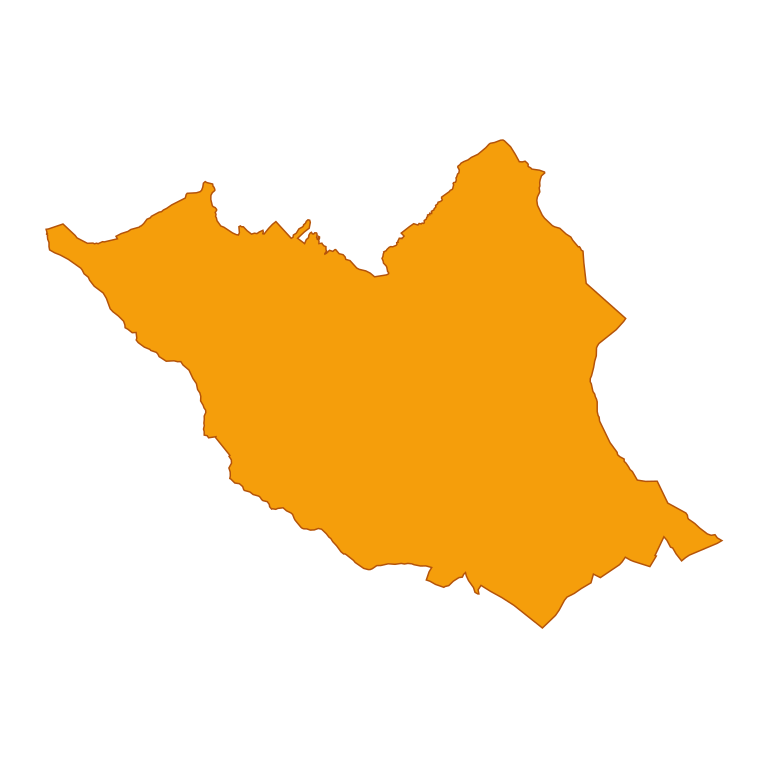 Francesti, Vâlcea, Romania (Albers equal-area conic projection)
{"feature_id": "2599482B2932687396004", "entity_name": "Francesti", "entity_type": "district", "adm_level": 2, "iso_a3": "ROU", "parent_name": "Romania", "parent_adm1": "Vâlcea", "projection": "albers", "projection_center": [24.139, 45.02], "detail": "fine", "context": "isolated", "style": "filled", "palette": "amber", "viewbox_px": 768, "rotation_deg": 0, "n_neighbors": 0, "source": "geoboundaries", "source_scale": "gbopen_adm2", "svg_char_len": 6103}
<svg xmlns="http://www.w3.org/2000/svg" viewBox="0 0 768 768"><path d="M721.9,540.6L717.3,537.9L715.0,534.7L711.1,535.3L707.3,533.9L699.6,528.0L694.8,523.5L688.5,519.1L687.8,517.9L687.4,515.2L685.9,513.0L667.8,503.1L657.2,481.2L645.6,481.4L637.3,480.1L632.4,471.6L630.0,469.5L628.6,466.9L625.9,463.0L624.2,461.4L624.1,459.0L619.8,456.7L617.6,454.7L617.1,452.3L610.0,442.6L599.6,421.1L599.1,417.1L598.1,415.5L597.2,411.5L597.2,401.9L596.5,399.2L595.3,396.7L594.7,394.1L592.9,391.4L591.3,383.9L590.2,381.7L590.3,378.5L591.5,375.8L593.6,367.6L594.7,361.2L596.3,355.8L596.5,347.9L597.4,345.9L598.9,343.5L616.2,329.7L623.7,321.4L625.7,318.5L586.2,283.4L583.8,262.5L583.0,251.1L581.4,250.2L580.0,247.4L579.3,246.7L578.3,246.9L572.7,240.2L570.8,237.0L566.2,234.1L559.8,228.3L554.6,226.8L552.3,225.6L544.5,218.2L542.2,215.1L537.5,205.3L536.8,200.3L537.4,196.9L539.8,191.9L539.2,187.9L539.9,186.0L539.7,182.4L540.2,179.6L541.5,175.8L544.7,173.0L544.5,172.0L539.5,170.2L531.9,169.1L530.6,167.8L528.5,166.7L528.0,166.1L528.2,164.4L527.7,163.5L525.1,161.2L522.3,161.9L519.3,161.7L515.2,154.2L510.6,146.8L504.5,140.9L503.0,140.0L500.6,140.2L494.5,142.5L490.3,143.3L488.9,144.3L485.8,147.7L477.9,154.3L471.3,157.4L468.0,159.9L463.8,161.6L461.0,163.2L459.8,164.8L458.1,166.0L457.7,167.0L459.3,170.0L458.9,172.9L457.6,174.0L456.6,177.1L456.0,177.9L456.3,180.1L455.5,182.2L453.7,182.6L453.1,183.4L453.6,184.9L452.7,188.6L452.2,189.4L450.3,190.3L449.2,191.7L441.6,197.1L441.6,198.5L442.2,199.4L442.1,200.2L440.6,201.4L438.1,202.2L437.5,204.0L435.6,205.4L435.8,207.1L434.2,208.6L433.9,209.9L431.4,211.3L431.7,212.4L431.6,213.5L429.8,213.2L429.8,214.7L428.2,214.6L427.5,215.1L427.7,216.6L426.8,217.2L426.3,219.1L424.2,220.5L424.3,222.8L423.5,223.4L422.1,223.1L421.3,223.9L419.1,223.5L417.9,225.0L413.7,223.7L409.5,226.6L401.2,233.1L404.1,236.1L401.9,238.6L401.1,238.1L400.5,238.5L399.3,238.2L397.8,241.3L398.1,242.2L396.7,242.6L396.9,244.4L396.3,245.3L392.7,246.8L390.7,246.6L389.2,247.3L386.9,249.5L386.3,250.6L383.7,251.9L383.9,252.5L383.3,253.9L382.9,256.6L382.0,258.4L383.1,260.9L383.5,263.1L386.2,266.0L386.8,267.3L387.6,271.5L388.5,272.5L388.7,273.3L388.4,273.9L386.5,274.9L374.6,276.8L370.2,273.1L365.8,270.9L359.1,269.3L356.7,268.0L350.0,260.6L345.8,259.4L345.1,256.9L343.1,254.7L339.1,253.7L335.7,249.6L335.0,249.6L332.8,251.4L329.5,250.3L326.4,253.3L324.9,254.1L324.8,253.7L326.6,250.9L326.0,249.9L325.9,246.6L324.1,246.0L322.4,244.2L321.9,243.2L318.9,243.6L319.0,241.2L318.6,240.5L319.5,238.2L319.5,236.9L318.5,236.4L318.2,239.4L317.3,239.3L317.2,238.4L316.6,237.6L317.1,235.1L316.8,233.3L316.4,232.9L314.7,232.8L313.7,234.0L312.3,233.8L311.4,232.3L310.2,233.0L308.9,235.1L308.5,237.7L306.3,239.6L304.6,243.6L297.6,238.3L304.4,231.9L309.2,228.2L310.3,222.4L309.7,220.2L308.0,219.8L306.3,221.3L305.5,223.2L303.6,224.8L303.6,225.5L302.7,226.8L298.9,228.9L296.3,233.2L293.4,235.0L293.0,237.3L291.2,238.3L275.9,221.6L272.5,224.3L268.7,228.3L264.1,234.0L262.8,233.7L263.3,231.9L262.9,230.3L259.2,232.0L257.0,233.6L254.4,233.2L251.5,234.1L247.2,230.8L243.4,226.8L241.4,226.7L240.4,225.9L238.9,226.7L239.4,232.8L238.4,235.0L236.2,234.6L232.5,232.9L223.9,227.2L220.8,226.0L217.0,220.7L216.4,217.8L215.6,216.5L216.0,214.3L215.2,212.4L216.6,210.4L216.6,209.4L215.2,207.6L213.1,206.6L212.3,205.6L210.8,199.5L210.9,195.4L212.3,192.7L214.8,190.5L214.8,189.3L213.9,187.1L213.1,186.4L212.6,184.0L206.6,182.5L205.2,181.6L203.4,183.2L202.8,187.0L201.6,190.3L200.1,191.7L196.3,192.8L187.2,193.3L186.2,194.5L185.3,198.0L171.7,204.9L166.6,208.4L163.4,210.0L161.5,211.7L159.2,212.1L151.4,216.3L150.3,217.8L147.0,219.2L143.7,223.6L141.1,226.0L140.3,226.1L139.3,227.1L130.8,229.5L128.0,231.4L121.2,233.6L116.0,236.3L117.4,238.8L104.3,241.9L102.5,241.7L98.1,243.7L96.6,243.2L94.5,243.8L93.0,243.1L87.4,243.3L77.0,237.9L75.1,235.4L63.0,224.0L48.3,229.0L46.1,229.3L47.0,232.5L46.7,233.2L47.3,233.7L46.7,234.3L47.6,235.2L47.4,236.1L47.7,239.2L49.0,242.5L49.0,246.7L49.6,249.9L54.7,252.8L60.2,255.0L68.4,259.4L80.7,268.1L82.2,270.0L84.1,273.8L88.3,277.2L89.6,280.2L94.2,286.2L103.2,293.0L106.4,298.4L110.2,308.8L113.0,311.8L118.3,315.9L123.6,321.2L124.9,325.0L125.1,327.7L127.8,329.2L132.2,332.7L136.1,332.5L136.8,338.1L136.2,340.0L138.2,342.6L144.3,347.1L149.9,349.4L150.7,350.4L156.4,352.4L158.0,354.3L159.1,356.6L166.2,361.2L174.0,360.8L177.6,361.7L180.8,361.6L183.0,365.0L189.0,370.1L193.0,378.6L196.4,383.6L197.6,389.5L199.9,393.0L200.8,396.5L200.6,400.9L203.1,405.2L204.1,408.0L205.6,410.1L205.8,412.5L204.2,416.1L204.3,419.4L203.9,423.1L204.3,425.7L203.5,429.1L204.2,431.5L204.2,435.1L207.2,435.7L208.6,437.8L215.9,436.7L215.6,437.6L229.9,455.4L229.0,456.3L231.3,459.8L231.5,463.2L228.9,468.0L230.2,472.0L230.3,476.0L229.8,478.5L230.9,479.1L234.8,483.0L239.4,483.7L242.7,486.6L243.6,489.4L244.3,490.4L250.0,492.0L253.1,494.5L258.7,496.1L260.0,497.1L261.7,499.6L262.9,500.6L267.3,501.7L269.3,504.5L269.6,506.7L271.6,509.1L272.6,508.8L275.8,509.3L277.8,508.4L283.1,507.8L286.5,510.8L290.9,512.9L292.6,514.4L294.3,518.7L295.2,520.3L300.8,527.1L302.1,528.2L303.6,528.8L306.9,528.9L310.3,530.1L314.3,529.9L318.3,528.5L321.6,529.2L326.4,533.8L329.0,537.2L330.8,538.5L332.8,541.7L336.7,545.9L341.0,551.8L343.7,554.0L345.0,553.9L346.3,554.7L353.5,560.4L355.2,562.5L363.7,568.4L368.3,569.6L370.1,569.6L372.3,568.7L376.8,565.6L380.8,565.5L388.2,563.8L395.0,564.3L401.3,563.4L404.4,564.0L407.9,563.4L411.8,563.8L414.0,564.7L420.5,566.0L425.9,565.9L431.7,567.5L429.1,571.8L426.3,580.0L429.9,581.2L435.5,584.4L443.8,587.3L445.1,586.5L448.8,585.6L453.3,581.2L458.9,577.6L462.4,577.1L463.6,574.4L465.5,572.6L466.3,575.8L468.5,580.5L473.5,587.6L475.0,592.3L475.5,592.6L477.8,593.9L478.9,593.9L478.1,589.8L481.0,585.4L490.8,591.5L501.9,597.6L513.9,605.3L542.4,628.0L555.5,615.4L559.1,610.2L564.5,600.2L567.0,597.1L574.3,593.4L581.2,588.6L591.0,582.8L593.4,574.1L600.4,577.6L619.5,564.7L622.1,561.9L625.3,557.2L630.4,560.1L633.6,561.4L649.9,566.6L656.3,556.0L655.0,555.5L663.9,536.8L666.9,540.3L670.5,547.1L672.7,548.0L676.1,553.9L681.6,560.9L685.6,557.6L689.4,555.1L717.3,543.3L721.9,540.6Z" fill="#f59e0b" stroke="#b45309" stroke-width="1.5"/></svg>